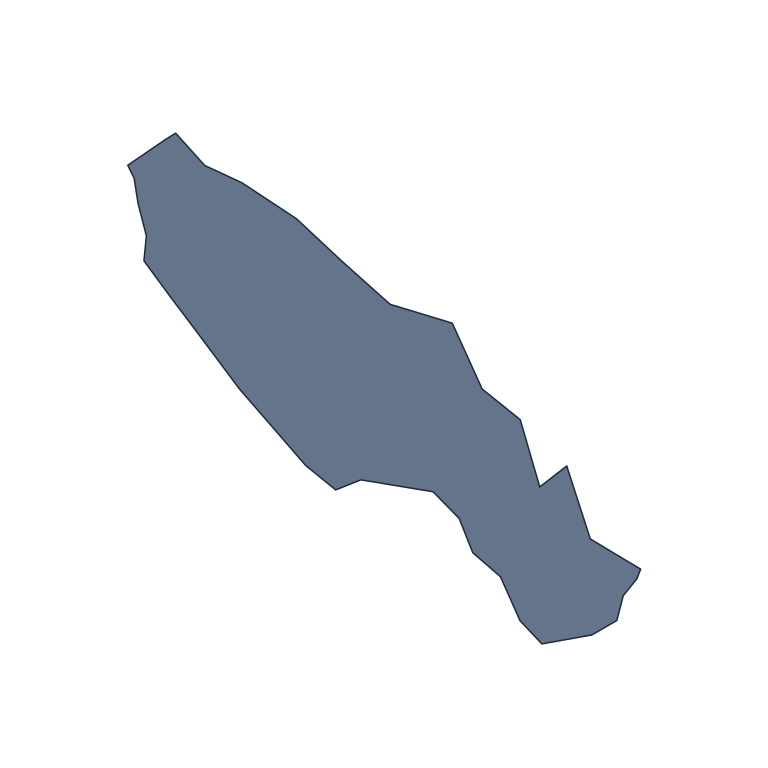 Kourdaka, Paphos, Cyprus, rotated 345°
{"feature_id": "46923920B66181635672664", "entity_name": "Kourdaka", "entity_type": "district", "adm_level": 2, "iso_a3": "CYP", "parent_name": "Cyprus", "parent_adm1": "Paphos", "projection": "albers", "projection_center": [32.537, 34.86], "detail": "fine", "context": "isolated", "style": "filled", "palette": "slate", "viewbox_px": 768, "rotation_deg": 345, "n_neighbors": 0, "source": "geoboundaries", "source_scale": "gbopen_adm2", "svg_char_len": 625}
<svg xmlns="http://www.w3.org/2000/svg" viewBox="0 0 768 768"><g transform="rotate(345 384 384)"><path d="M193.1,106.4L195.9,120.6L193.2,145.4L192.8,179.4L184.0,202.9L200.7,245.8L211.7,272.8L243.2,351.7L287.3,442.5L309.9,473.8L336.8,470.6L403.5,500.8L421.8,533.3L426.1,570.0L446.6,600.3L454.1,647.8L469.2,675.9L519.7,680.2L547.7,672.7L554.4,660.9L560.3,650.4L577.9,637.6L584.0,629.3L543.2,587.1L539.3,510.5L507.8,523.7L506.4,453.8L477.5,414.2L465.7,342.9L410.5,308.6L375.1,254.5L342.2,201.7L298.9,152.9L267.4,126.5L247.7,87.8L236.6,91.1L209.6,100.6L193.1,106.4Z" fill="#64748b" stroke="#1e293b" stroke-width="1.5"/></g></svg>